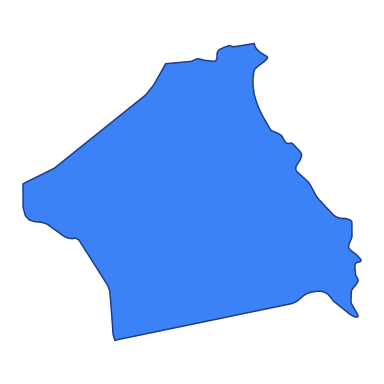 SVG path tracing the border of Kebili
{"feature_id": "TUN-97", "entity_name": "Kebili", "entity_type": "Governorate", "adm_level": 1, "iso_a3": "TUN", "parent_name": "Tunisia", "parent_adm1": "", "projection": "robinson", "projection_center": [9.372, 33.366], "detail": "fine", "context": "isolated", "style": "filled", "palette": "blue", "viewbox_px": 384, "rotation_deg": 0, "n_neighbors": 0, "source": "natural_earth", "source_scale": "10m", "svg_char_len": 2359}
<svg xmlns="http://www.w3.org/2000/svg" viewBox="0 0 384 384"><path d="M72.5,238.7L69.4,238.4L66.4,237.5L63.5,236.0L47.1,224.1L41.7,222.3L34.6,221.6L29.1,219.9L25.4,215.7L23.1,207.5L23.0,184.0L25.5,182.5L54.2,168.3L145.6,95.0L153.7,85.0L165.7,63.7L191.1,61.4L196.3,59.1L197.6,58.8L198.7,58.8L204.4,60.3L213.6,61.3L214.6,61.2L215.1,61.0L215.6,60.7L216.1,60.2L216.6,59.6L216.9,58.8L217.0,58.1L217.0,54.3L217.2,53.0L217.4,52.3L217.7,51.7L218.1,51.0L218.6,50.3L219.2,49.7L222.5,48.1L228.3,45.9L229.6,45.6L232.2,46.5L234.5,46.7L254.2,43.5L255.1,46.6L256.5,48.8L259.1,51.5L259.9,52.2L266.6,56.3L267.3,57.1L267.5,57.8L267.2,58.5L266.8,59.1L264.2,61.6L258.6,65.7L255.9,68.1L255.3,68.7L254.8,69.3L254.1,70.5L253.8,71.7L252.9,78.9L253.1,86.4L254.2,94.3L256.1,100.9L258.4,107.3L262.4,115.7L270.2,129.2L270.6,129.8L271.2,130.4L271.8,130.8L278.4,133.5L279.9,134.4L281.2,135.4L281.8,136.0L282.7,137.4L284.7,141.2L285.2,141.8L285.8,142.4L286.4,142.9L287.1,143.3L287.8,143.4L288.5,143.5L290.5,143.1L291.2,143.0L291.8,143.2L292.5,143.6L299.6,151.0L300.9,152.9L301.4,154.0L301.6,154.9L301.5,155.6L301.2,157.0L300.2,159.6L299.9,160.3L296.4,165.8L296.1,166.6L295.8,167.7L295.8,169.3L296.1,170.3L296.6,171.3L308.3,182.1L310.3,184.9L316.2,196.0L318.2,198.7L324.2,205.2L332.8,214.3L335.6,216.6L338.8,217.8L341.4,218.4L342.8,218.5L344.1,218.4L345.2,218.4L346.8,218.8L349.7,219.8L350.9,220.6L351.7,221.3L351.8,221.9L351.9,222.6L352.0,236.0L351.8,237.3L351.4,238.5L349.3,243.4L348.6,246.0L348.6,246.7L348.7,247.8L349.3,248.8L349.9,249.6L350.7,250.3L356.7,254.9L360.3,258.8L361.0,260.1L360.9,261.1L360.3,261.4L359.0,262.0L357.1,262.5L356.5,262.8L355.9,263.2L355.5,263.7L355.2,264.3L355.0,265.0L354.8,265.7L355.0,268.9L355.6,274.6L356.0,275.9L357.1,277.7L357.9,279.2L358.1,280.2L358.1,281.0L357.8,281.7L356.1,284.5L352.4,289.0L352.0,289.7L351.6,290.3L351.2,294.0L351.0,301.2L351.1,302.7L351.3,303.4L357.3,314.0L357.7,314.8L358.1,316.1L357.7,316.7L357.1,317.1L356.4,317.1L355.8,317.1L355.0,316.9L353.4,316.3L349.7,314.1L333.6,301.2L328.9,295.2L328.3,294.6L327.0,293.6L325.7,292.8L323.0,291.8L320.7,291.3L318.9,291.2L314.1,291.6L310.2,292.5L306.6,293.7L303.5,295.7L297.5,300.8L295.9,301.8L292.2,303.5L117.8,339.6L115.1,340.5L114.9,340.2L113.1,334.4L111.8,316.1L109.8,291.3L107.8,285.6L92.9,262.0L78.9,240.0L75.6,238.0L72.5,238.7Z" fill="#3b82f6" stroke="#1e3a8a" stroke-width="1.5"/></svg>